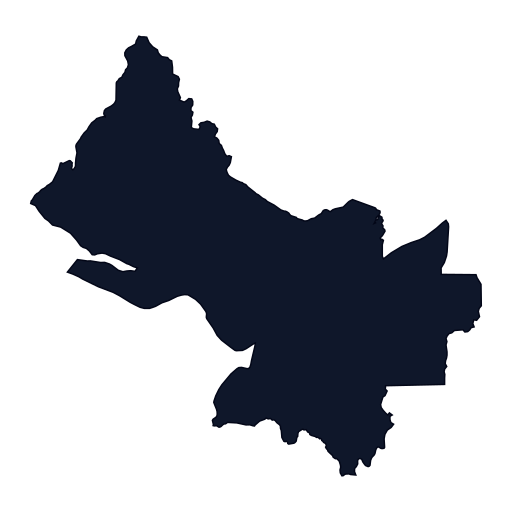 Itacoatiara, Amazonas, Brazil (Robinson projection)
{"feature_id": "56859067B59595183491019", "entity_name": "Itacoatiara", "entity_type": "district", "adm_level": 2, "iso_a3": "BRA", "parent_name": "Brazil", "parent_adm1": "Amazonas", "projection": "robinson", "projection_center": [-58.817, -3.136], "detail": "fine", "context": "isolated", "style": "filled", "palette": "ink", "viewbox_px": 512, "rotation_deg": 0, "n_neighbors": 0, "source": "geoboundaries", "source_scale": "gbopen_adm2", "svg_char_len": 6026}
<svg xmlns="http://www.w3.org/2000/svg" viewBox="0 0 512 512"><path d="M213.8,402.5L216.6,409.5L217.1,411.6L217.2,413.8L217.1,415.3L216.6,416.4L215.9,417.3L213.1,419.2L212.4,420.4L213.4,424.4L213.1,425.6L214.2,425.9L216.5,425.7L219.0,427.2L220.0,427.0L221.0,426.5L223.0,424.6L224.3,423.9L225.6,423.8L227.5,422.4L236.8,422.9L246.0,424.9L249.8,424.8L253.0,425.8L254.5,426.0L255.1,425.0L259.6,421.1L264.8,419.2L266.1,418.0L268.2,418.9L270.5,418.5L272.2,420.1L273.9,419.8L275.1,420.5L276.9,422.7L279.6,424.8L280.4,426.1L280.5,428.3L281.3,430.6L281.9,437.5L283.9,441.3L285.1,441.7L286.4,441.2L287.6,442.2L287.8,443.5L288.7,444.1L293.9,443.2L295.0,442.5L296.2,441.1L296.8,437.5L297.7,436.4L297.9,433.4L298.6,431.6L302.1,429.4L303.0,429.2L303.9,429.9L306.2,429.7L307.7,432.0L309.0,432.5L309.6,433.3L309.9,434.5L311.4,435.4L315.2,436.5L316.5,437.4L317.6,437.3L318.7,437.8L319.6,438.8L320.6,438.5L321.5,439.2L321.8,440.5L322.9,441.3L323.6,442.4L325.4,443.4L326.1,444.6L326.3,446.0L325.6,447.1L326.3,448.5L327.5,449.8L328.1,451.4L332.6,455.6L333.2,457.2L335.4,458.7L336.5,458.5L338.5,460.3L339.3,461.3L340.4,464.9L340.7,467.1L340.0,470.0L340.3,472.9L341.9,475.8L343.1,475.7L345.1,474.2L346.4,474.0L349.0,473.9L350.5,474.5L355.8,475.0L354.5,471.6L354.6,468.5L356.3,466.6L357.7,463.9L357.6,461.4L357.8,460.0L358.6,458.8L360.1,458.5L361.7,459.2L362.9,462.0L364.8,464.7L365.7,465.6L368.1,466.6L369.2,466.2L370.0,465.3L370.6,460.4L371.5,458.1L372.3,456.9L374.0,455.2L374.9,453.7L375.8,449.7L376.9,447.6L377.8,447.0L378.7,447.0L380.8,448.3L382.0,448.6L384.0,448.3L384.6,447.3L384.1,438.9L384.9,434.4L387.3,430.1L391.2,427.4L393.6,424.2L390.9,422.6L390.0,419.8L389.9,417.8L390.1,416.2L392.2,415.0L389.4,412.9L387.8,415.0L385.7,413.2L383.2,410.4L381.2,407.6L380.6,404.5L382.9,397.0L385.0,395.6L387.1,391.0L385.3,389.1L385.6,385.7L444.6,384.4L444.6,378.1L444.8,374.4L444.1,371.7L444.7,369.0L446.7,366.5L445.2,363.6L445.6,360.6L446.5,358.1L447.0,355.2L447.0,351.9L446.0,344.9L446.9,341.6L446.0,338.5L447.1,336.0L449.0,333.6L451.8,332.8L454.4,330.5L462.9,329.8L464.9,332.0L467.7,331.6L469.7,329.9L471.1,327.7L474.1,326.9L472.8,323.5L473.8,319.8L476.6,320.3L479.5,316.7L478.3,311.3L479.2,308.3L481.3,305.8L481.0,284.3L477.0,277.7L476.0,274.7L441.2,274.4L441.1,267.9L444.3,262.6L446.5,256.0L447.1,252.0L448.6,226.8L448.3,223.8L446.0,220.3L442.4,223.0L436.5,228.3L424.7,237.2L419.6,239.8L411.2,242.6L402.0,246.4L391.3,252.8L383.5,258.9L382.3,256.4L382.3,244.7L383.4,240.3L381.8,239.2L380.8,239.8L380.1,238.0L382.4,235.6L385.0,231.2L384.7,229.8L382.7,227.8L383.0,225.9L381.6,223.8L382.1,222.2L382.8,221.4L383.1,220.2L382.1,219.2L381.9,217.2L379.7,215.8L378.2,217.6L377.9,219.3L376.8,220.0L375.7,220.2L376.4,217.2L377.6,216.4L379.7,213.7L380.1,212.2L379.9,211.0L376.4,209.7L375.8,208.4L375.0,207.8L352.5,199.6L349.3,201.3L348.2,202.2L343.2,207.1L335.3,208.8L332.9,209.7L330.4,211.6L329.4,211.3L327.5,210.1L326.2,209.7L324.9,209.8L323.3,210.5L321.3,213.6L318.7,215.0L314.6,218.1L311.3,218.7L307.6,220.7L305.6,221.0L303.8,220.9L302.3,220.0L297.2,218.6L296.3,217.4L291.0,215.7L289.7,214.5L288.8,213.1L286.7,211.7L285.4,211.2L284.0,211.1L280.8,209.9L274.1,205.1L267.3,201.5L265.3,199.6L262.5,198.2L258.3,194.8L256.0,193.7L255.1,192.7L247.9,187.0L245.8,184.6L243.5,183.7L242.2,182.6L240.4,182.2L235.7,180.0L230.4,176.9L228.4,175.2L227.0,172.3L226.2,169.6L227.4,167.2L229.1,165.2L230.3,162.6L231.4,156.7L229.2,155.7L226.7,156.3L224.8,153.7L223.6,150.5L222.3,148.0L221.4,145.4L219.2,143.5L218.7,140.3L216.9,138.1L214.4,136.8L215.5,133.9L217.2,131.6L217.6,128.8L215.6,127.0L214.3,124.2L211.8,123.6L209.8,121.9L207.1,121.1L204.1,122.3L200.9,122.8L199.0,124.6L200.3,126.9L198.9,129.4L193.5,128.8L191.3,127.5L191.9,121.0L191.0,117.5L192.4,115.0L192.9,112.2L190.9,110.6L191.0,107.5L192.7,105.0L192.8,101.4L191.7,98.9L188.8,98.6L186.5,100.7L184.2,102.1L179.4,100.1L180.4,97.6L177.8,91.8L177.3,88.8L178.5,86.0L178.6,82.7L179.4,79.2L178.1,76.6L172.6,74.0L172.5,67.2L171.7,60.9L169.3,59.7L167.6,57.6L161.9,56.7L159.8,54.8L158.2,52.7L157.4,49.9L152.7,46.8L149.1,42.7L146.7,37.2L144.2,36.9L141.3,36.9L138.9,36.2L136.3,40.9L135.6,44.0L131.3,46.5L128.6,47.8L126.3,49.9L124.8,52.8L124.9,55.7L127.7,60.9L128.4,64.7L127.4,67.9L125.6,69.7L124.9,72.4L123.0,74.7L121.8,77.3L119.3,78.6L117.7,81.1L116.9,81.6L116.3,82.9L116.0,100.2L114.9,102.6L113.6,104.2L111.3,106.0L105.7,109.0L104.4,110.6L103.8,113.3L104.1,114.9L105.4,115.7L105.3,116.9L104.5,116.5L100.8,117.2L96.7,118.6L95.2,120.2L91.7,122.9L89.0,126.7L87.2,130.0L84.2,132.9L81.1,137.2L80.6,138.5L76.5,144.1L76.0,145.3L75.9,146.8L77.0,152.9L76.0,158.0L75.5,163.2L75.5,165.6L75.2,166.9L73.9,168.9L72.9,169.8L71.4,168.4L72.1,166.1L72.0,163.9L72.3,162.9L70.3,160.8L69.3,160.6L62.8,163.7L61.6,162.9L60.4,163.1L58.3,170.4L52.6,181.8L49.4,184.4L47.2,185.6L46.2,186.8L44.2,188.3L42.1,189.3L40.5,190.6L39.9,191.6L38.0,193.1L37.0,193.5L34.9,195.5L32.3,199.9L31.3,200.9L30.7,203.5L35.5,205.6L39.1,211.2L44.9,218.4L48.5,220.9L52.5,225.0L60.7,227.1L70.5,233.2L76.6,240.1L80.6,245.7L83.2,247.4L86.4,248.4L89.4,251.0L92.2,254.7L94.7,254.9L97.3,253.8L102.0,253.1L105.5,253.7L110.3,256.0L119.6,259.6L126.9,263.7L128.9,264.3L133.4,266.6L137.4,267.9L135.0,271.3L130.6,270.7L126.7,271.0L122.9,271.7L118.3,270.3L111.9,265.4L109.4,264.0L104.7,262.4L100.5,262.5L90.4,260.9L87.4,261.0L77.4,259.6L67.4,272.1L72.9,274.1L78.9,276.8L82.9,279.2L98.5,286.8L113.1,292.3L119.5,295.7L130.2,302.3L134.4,304.5L140.1,307.3L144.4,308.4L149.5,308.4L152.3,307.5L155.6,306.3L161.9,302.8L168.7,300.5L177.2,296.3L181.4,295.1L184.5,294.6L188.0,294.8L195.6,299.4L200.6,304.1L205.8,311.4L206.4,312.8L206.6,314.0L206.3,317.2L206.7,318.6L213.2,328.0L217.2,335.4L221.6,340.2L230.4,347.0L234.9,350.3L236.2,350.7L242.5,350.4L246.1,348.7L254.2,343.4L255.3,343.0L255.0,345.8L251.5,360.6L250.8,364.5L250.0,367.0L249.2,368.0L248.2,368.6L246.9,368.6L241.5,367.4L238.8,367.6L237.0,368.7L231.0,373.9L221.9,384.8L218.8,389.6L215.7,396.0L214.0,401.1L213.8,402.5ZM374.9,221.0L375.6,222.9L374.1,223.5L374.8,222.3L374.9,221.0Z" fill="#0f172a" stroke="#020617" stroke-width="1.5"/></svg>